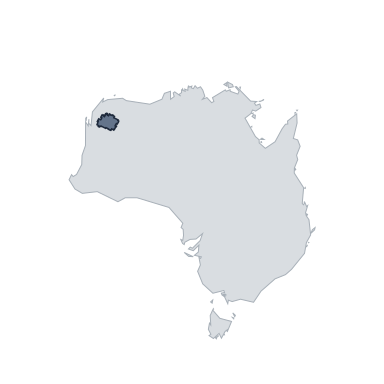 location of Upper Gascoyne, Western Australia, Australia, rotated 27°
{"feature_id": "25037944B28786779473224", "entity_name": "Upper Gascoyne", "entity_type": "district", "adm_level": 2, "iso_a3": "AUS", "parent_name": "Australia", "parent_adm1": "Western Australia", "projection": "mercator", "projection_center": [116.107, -24.719], "detail": "fine", "context": "in_parent", "style": "filled", "palette": "slate", "viewbox_px": 384, "rotation_deg": 27, "n_neighbors": 0, "source": "geoboundaries", "source_scale": "gbopen_adm2", "svg_char_len": 5774}
<svg xmlns="http://www.w3.org/2000/svg" viewBox="0 0 384 384"><g transform="rotate(27 192 192)"><path d="M254.3,82.8L258.0,98.3L262.5,97.6L267.6,102.2L268.5,111.8L271.5,115.1L272.3,124.1L274.5,128.7L289.5,137.5L295.4,152.1L297.1,152.8L297.4,150.2L300.7,152.9L301.2,151.6L302.6,159.0L304.6,161.3L308.8,163.6L317.2,176.4L316.9,185.1L320.1,195.6L315.8,215.7L312.8,223.2L305.4,231.7L298.5,249.0L296.9,262.3L283.9,265.5L277.5,271.4L273.5,271.9L274.6,275.3L268.3,270.4L269.2,269.2L268.8,268.0L267.6,268.0L265.5,270.1L264.0,268.8L266.6,266.8L265.1,265.3L256.6,272.7L243.3,269.0L233.0,260.1L232.6,253.2L227.8,247.0L229.8,247.3L229.8,245.5L222.9,247.3L224.9,242.7L222.3,236.2L219.8,243.7L214.7,244.4L215.5,241.9L217.9,241.9L221.3,231.7L220.3,224.2L216.9,232.1L211.8,235.1L208.4,240.0L208.9,242.4L206.9,242.1L203.6,239.4L205.7,239.3L204.2,234.6L201.1,229.3L198.4,228.6L198.0,224.0L178.5,216.2L145.6,222.1L135.1,227.5L130.4,234.3L107.4,234.7L94.9,243.0L86.4,242.5L76.9,236.9L76.8,231.2L79.1,232.2L81.2,228.8L81.3,217.6L77.4,209.3L76.0,199.0L65.4,177.9L69.5,180.2L67.1,173.9L68.8,177.6L71.9,178.7L66.9,165.8L70.7,148.3L71.5,152.4L75.0,147.9L87.6,140.0L92.0,140.4L114.6,132.9L123.1,123.0L122.6,116.6L127.1,112.0L130.8,119.1L132.8,115.1L130.3,112.3L131.1,110.6L138.4,111.7L136.1,111.0L137.6,108.2L136.3,105.8L140.2,105.4L138.8,103.6L142.1,103.3L141.0,100.7L143.8,97.7L144.0,99.5L146.3,99.3L146.5,95.9L149.7,97.1L151.8,94.4L155.3,96.3L160.0,100.9L159.2,104.7L162.4,101.1L169.0,103.5L170.4,101.4L167.4,98.6L175.3,85.9L176.8,86.7L179.5,83.6L180.4,84.9L188.4,83.9L188.2,80.9L182.8,78.6L183.7,77.9L203.0,84.4L208.6,82.0L207.3,84.5L209.6,85.8L212.5,82.8L215.1,85.4L212.0,91.0L208.7,91.5L208.8,95.6L205.7,102.1L223.3,113.8L228.1,115.0L229.6,117.8L237.5,119.8L243.2,109.5L243.6,94.7L244.5,89.2L246.5,87.9L244.9,85.4L249.8,74.8L254.3,82.8ZM264.0,287.8L274.1,291.9L286.0,289.4L286.9,300.8L286.0,298.7L284.8,301.2L284.6,308.9L280.3,305.7L277.6,312.8L272.4,312.2L273.4,310.2L268.9,306.9L267.1,300.9L269.1,302.0L264.3,293.8L264.0,287.8ZM173.8,77.9L179.3,77.9L181.0,79.5L177.3,82.6L173.8,77.9ZM212.5,249.4L222.5,249.1L218.2,250.9L212.5,249.4ZM213.6,94.8L214.8,98.0L211.2,97.4L211.8,95.2L213.6,94.8ZM316.7,174.9L316.4,171.0L317.8,167.8L318.4,170.1L316.7,174.9ZM283.2,281.2L286.6,282.2L286.7,283.7L283.2,281.2ZM173.2,78.9L175.1,81.9L171.6,81.7L173.2,78.9ZM260.4,281.9L258.5,281.5L259.5,278.8L260.4,281.9ZM232.4,112.5L230.7,113.4L229.0,114.0L229.9,112.2L232.4,112.5ZM65.4,177.0L64.0,175.1L63.9,173.4L64.2,173.3L65.4,177.0ZM285.9,285.2L287.2,286.3L284.8,285.4L285.9,285.2ZM303.8,159.5L305.1,159.5L305.1,161.2L303.8,159.5ZM272.7,123.9L274.3,124.9L274.0,125.5L272.7,123.9ZM280.2,309.9L280.3,311.8L279.1,311.2L280.2,309.9ZM318.9,186.6L319.0,188.7L318.9,188.7L318.9,186.6ZM187.9,77.8L187.0,76.9L187.6,76.5L187.9,77.8ZM213.8,77.9L212.4,79.5L214.0,76.8L213.8,77.9ZM319.1,184.0L318.5,184.7L318.9,183.9L319.1,184.0ZM215.8,106.9L215.1,107.2L215.5,106.4L215.8,106.9ZM210.9,94.7L209.9,94.9L210.5,93.9L210.9,94.7ZM79.6,140.1L79.3,141.4L78.9,141.3L79.6,140.1ZM248.2,74.1L248.1,75.2L247.7,74.4L248.2,74.1ZM267.7,268.6L267.9,269.4L267.6,269.2L267.7,268.6ZM212.1,80.0L210.3,81.0L212.1,79.7L212.1,80.0ZM141.1,99.1L140.4,99.9L140.8,99.0L141.1,99.1ZM280.9,308.5L280.3,308.9L280.6,308.2L280.9,308.5ZM231.6,116.3L230.6,116.3L231.1,115.6L231.6,116.3ZM137.4,104.9L136.8,105.3L136.8,104.3L137.4,104.9ZM285.8,304.5L284.9,305.1L285.2,304.0L285.8,304.5ZM248.8,71.2L248.7,71.9L248.1,71.6L248.8,71.2ZM267.2,269.7L268.0,270.5L266.6,270.3L267.2,269.7ZM291.3,137.4L290.6,137.5L290.9,136.6L291.3,137.4ZM296.8,150.1L296.5,150.1L296.7,149.4L296.8,150.1ZM264.4,286.5L264.2,287.1L264.0,286.3L264.4,286.5Z" fill="#d9dde1" stroke="#a8b0b8" stroke-width="1"/><path d="M80.7,160.5L80.4,160.5L80.4,161.2L80.0,161.2L79.8,161.2L79.8,161.4L79.7,161.4L79.5,161.5L79.5,161.8L79.5,162.0L79.4,162.1L79.4,162.3L79.4,162.5L79.4,162.8L79.9,162.8L79.9,163.4L79.9,163.9L79.8,164.4L79.7,164.4L79.7,164.7L79.4,164.7L79.3,164.3L78.2,164.3L78.2,163.6L77.6,163.6L77.6,164.4L77.1,164.4L76.8,164.4L76.8,165.9L76.8,166.8L77.8,166.8L77.8,167.2L78.0,167.2L78.0,168.2L77.9,168.2L77.9,168.8L77.7,168.8L77.7,169.1L77.1,169.1L76.8,169.1L76.7,169.1L76.0,169.1L75.7,169.1L75.7,169.3L75.6,169.5L75.6,170.0L75.6,170.4L75.6,170.8L75.6,171.1L76.2,171.1L76.2,171.5L75.6,171.7L75.6,172.1L76.3,172.1L76.5,172.1L76.5,172.5L76.5,172.8L76.5,173.3L76.5,173.6L76.8,173.7L76.8,175.2L78.5,175.2L78.5,175.9L78.7,176.2L79.8,176.2L79.8,175.7L80.0,175.8L80.1,175.7L80.3,175.6L80.5,175.5L80.7,174.8L81.3,174.8L81.3,174.5L81.7,174.5L82.0,174.5L82.3,174.5L82.8,174.5L83.0,174.5L83.3,174.5L83.5,174.5L83.9,174.5L84.0,174.5L84.7,174.5L85.2,174.5L85.6,174.5L85.8,174.5L86.1,174.5L86.1,174.0L86.3,174.0L86.3,173.7L87.1,173.7L87.3,173.7L87.6,173.7L88.2,173.7L88.9,173.7L88.9,174.1L89.5,174.1L90.3,174.1L90.7,174.1L90.9,174.1L91.0,174.1L91.0,173.9L91.3,173.9L91.3,173.7L91.6,173.7L91.8,173.7L91.8,173.4L91.8,173.2L91.8,172.2L92.0,172.2L92.3,172.2L92.5,172.2L92.9,172.2L93.1,172.2L93.3,172.2L93.5,172.2L93.7,172.4L94.2,172.4L94.2,171.6L94.1,171.2L94.5,171.2L94.5,170.6L94.5,170.1L94.5,168.7L94.0,168.7L94.0,168.2L94.9,168.2L94.9,167.6L94.4,167.6L93.4,167.6L93.4,167.1L93.4,166.5L93.7,166.5L93.7,166.3L93.6,166.2L93.6,165.3L94.6,165.3L94.6,164.8L94.7,163.2L94.7,162.9L94.7,162.7L94.5,162.0L94.4,162.0L94.0,162.0L93.6,162.0L93.4,162.0L93.4,161.3L89.8,161.3L89.7,161.3L89.2,161.4L88.9,161.4L88.6,161.4L88.6,159.8L86.9,159.8L86.9,159.4L86.5,159.4L86.3,159.4L86.3,160.0L85.0,160.0L85.0,160.4L84.6,160.4L84.4,160.4L84.4,160.2L84.2,160.2L83.6,160.0L83.6,159.9L83.3,159.9L83.0,159.9L83.0,160.4L83.0,160.7L83.0,162.0L82.7,162.0L82.4,162.0L82.4,161.8L82.1,161.8L81.8,161.8L81.7,161.7L81.4,161.7L81.4,161.0L81.3,160.7L81.1,160.5L80.9,160.5L80.7,160.5Z" fill="#64748b" stroke="#1e293b" stroke-width="1.5"/></g></svg>